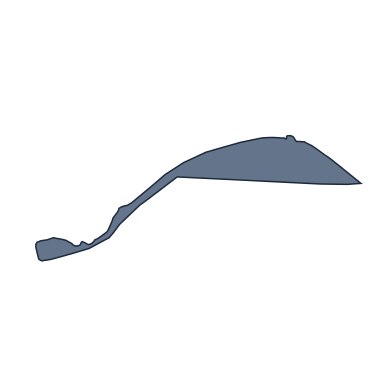 outline of Nukualofa, Tuvalu, rotated 75°
{"feature_id": "33948139B78407922275584", "entity_name": "Nukualofa", "entity_type": "district", "adm_level": 2, "iso_a3": "TUV", "parent_name": "Tuvalu", "parent_adm1": "", "projection": "albers", "projection_center": [179.808, -9.373], "detail": "fine", "context": "isolated", "style": "filled", "palette": "slate", "viewbox_px": 384, "rotation_deg": 75, "n_neighbors": 0, "source": "geoboundaries", "source_scale": "gbopen_adm2", "svg_char_len": 1398}
<svg xmlns="http://www.w3.org/2000/svg" viewBox="0 0 384 384"><g transform="rotate(75 192 192)"><path d="M227.4,26.6L201.3,45.6L194.2,50.9L191.0,53.8L182.1,61.0L178.3,64.3L174.2,69.0L172.5,70.6L171.9,72.9L171.0,75.2L170.6,76.6L170.3,77.9L169.5,78.4L167.9,79.0L166.6,79.3L165.0,79.9L164.1,80.8L163.1,82.2L162.6,84.1L162.4,85.6L163.1,86.4L163.7,86.5L164.5,86.7L165.1,87.2L164.9,87.9L163.7,88.9L163.4,89.7L163.4,90.4L160.6,98.6L159.5,102.7L158.1,109.1L157.7,113.0L156.6,132.5L156.9,155.0L157.2,168.3L161.4,192.4L168.2,213.5L173.9,225.2L177.2,232.3L186.9,253.3L188.2,258.2L187.9,260.3L188.1,263.8L188.9,266.7L190.8,267.9L192.1,269.1L194.0,271.6L196.6,274.9L199.5,276.8L201.8,278.6L205.1,281.3L208.1,283.8L209.1,285.9L210.0,288.2L211.2,291.2L212.7,295.5L213.0,298.0L214.9,300.5L215.8,302.5L216.1,305.4L215.1,306.8L213.2,308.6L211.5,311.0L212.3,312.3L214.1,313.6L214.4,314.9L214.4,316.6L214.1,318.3L213.5,319.4L212.3,320.6L210.5,321.6L208.1,324.2L206.3,325.9L204.7,328.6L203.0,332.0L201.6,335.2L200.3,337.5L200.7,344.6L200.3,347.4L200.0,350.8L200.5,354.8L202.0,356.3L204.9,357.1L210.1,357.3L214.6,357.4L217.2,357.4L218.6,356.1L219.3,355.3L219.8,354.3L219.8,352.5L220.2,350.0L220.6,345.1L220.5,332.2L220.3,319.8L219.9,306.1L214.7,283.9L211.3,278.9L204.4,270.1L191.2,245.9L188.9,239.8L173.6,202.4L184.4,168.8L217.5,65.9L224.8,40.1L227.4,26.6Z" fill="#64748b" stroke="#1e293b" stroke-width="1.5"/></g></svg>